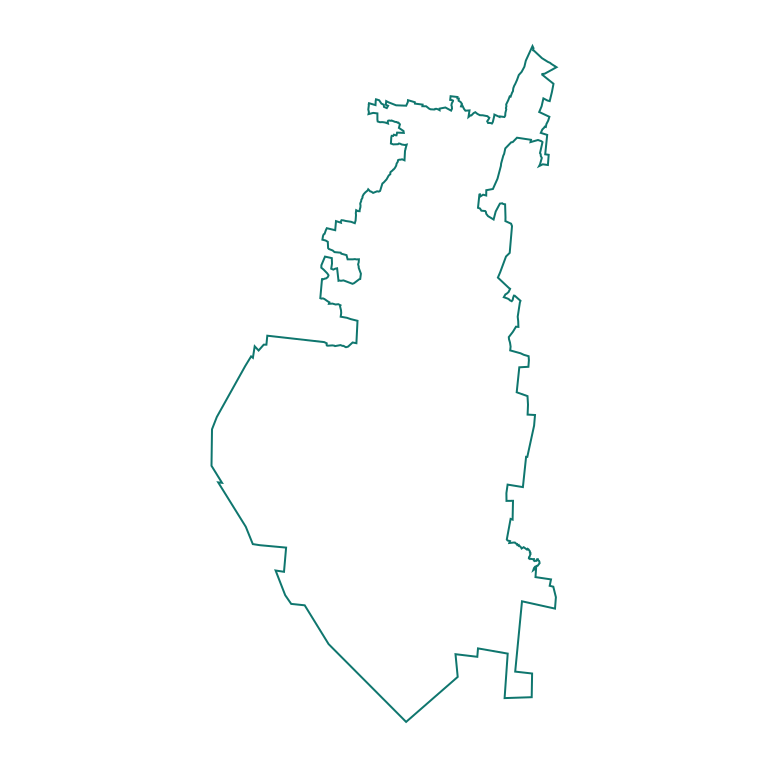 outline of Tekax, Yucatán, Mexico
{"feature_id": "50627088B47903559300993", "entity_name": "Tekax", "entity_type": "district", "adm_level": 2, "iso_a3": "MEX", "parent_name": "Mexico", "parent_adm1": "Yucatán", "projection": "natural_earth1", "projection_center": [-89.263, 19.978], "detail": "fine", "context": "isolated", "style": "outline", "palette": "teal", "viewbox_px": 768, "rotation_deg": 0, "n_neighbors": 0, "source": "geoboundaries", "source_scale": "gbopen_adm2", "svg_char_len": 6093}
<svg xmlns="http://www.w3.org/2000/svg" viewBox="0 0 768 768"><path d="M406.1,721.9L457.7,676.9L455.5,654.2L477.3,656.8L478.0,648.4L507.7,653.6L504.6,698.1L531.7,697.2L532.1,673.5L515.2,671.6L522.0,601.3L555.0,608.6L555.9,597.2L553.3,586.7L549.7,585.8L551.0,579.4L535.5,577.1L536.1,568.1L533.3,570.2L534.0,568.1L535.1,566.7L536.1,566.6L536.5,565.9L537.5,565.9L539.6,563.2L539.4,561.8L539.0,560.8L538.2,560.4L537.9,559.2L537.1,559.2L536.4,560.8L535.5,560.7L534.8,561.1L533.9,560.6L533.9,559.1L532.7,559.2L530.2,558.7L529.9,559.0L528.9,558.4L529.0,557.2L529.7,556.3L530.1,554.8L530.5,554.3L530.4,552.8L529.9,552.7L529.9,551.3L528.4,549.3L527.6,548.8L527.0,549.6L523.7,547.2L521.6,548.5L520.9,547.2L519.5,545.9L519.0,546.0L518.7,544.9L517.4,545.2L516.9,544.4L517.0,543.9L515.5,543.3L515.0,542.6L514.2,542.5L509.3,543.0L510.0,541.1L507.6,540.5L506.8,539.5L510.6,518.9L512.6,519.6L513.0,500.8L506.5,500.9L506.4,493.1L507.6,484.6L522.9,487.1L526.1,456.8L527.3,456.9L534.1,425.6L535.0,415.0L527.6,414.6L528.0,404.7L527.5,396.1L516.7,392.3L519.3,367.3L528.4,366.8L528.9,360.2L528.6,356.2L523.8,354.8L520.6,353.3L510.2,350.4L510.6,346.6L510.0,342.6L509.0,339.2L508.8,337.1L512.9,331.8L516.0,326.7L518.4,326.9L518.2,321.2L517.7,316.7L519.9,302.4L520.5,300.8L514.7,295.7L513.9,295.6L513.2,297.5L512.7,299.9L511.7,301.2L509.7,300.2L509.1,299.4L507.7,298.6L503.8,297.2L505.4,294.4L506.7,293.7L508.6,292.0L510.1,288.8L508.7,287.8L497.9,277.6L500.2,272.2L506.0,256.5L509.7,252.9L512.0,226.1L511.1,223.7L505.4,221.1L505.5,217.5L505.1,204.3L503.2,204.0L502.3,203.3L499.9,203.6L495.7,211.5L493.6,219.5L488.0,216.1L486.3,213.9L485.8,211.7L485.1,211.0L481.4,210.7L480.0,208.5L478.0,207.8L479.4,194.5L479.9,194.3L480.6,196.3L483.1,194.7L486.2,195.5L486.3,190.2L492.9,189.0L497.5,178.7L500.9,165.9L501.1,163.6L503.3,155.6L504.1,154.0L505.3,148.4L511.2,142.3L512.7,142.1L517.0,137.7L531.0,139.8L530.5,142.1L538.0,140.0L541.4,141.2L542.5,142.1L540.0,153.1L540.7,154.2L540.8,156.0L541.8,157.9L540.0,164.4L539.1,166.1L542.8,164.3L547.9,165.0L548.7,154.8L545.2,154.3L547.2,134.9L540.8,132.9L542.3,129.5L544.4,127.4L544.7,126.7L545.8,127.0L546.4,124.1L548.2,120.6L549.4,116.8L539.2,112.0L541.6,106.3L543.4,98.4L547.4,100.5L549.7,101.1L551.9,92.1L553.5,83.8L542.2,74.7L542.3,74.0L544.7,73.7L556.5,67.2L551.3,63.9L550.2,62.9L547.9,61.9L542.0,58.2L534.1,50.8L533.1,50.3L533.5,48.2L532.5,46.1L525.8,60.7L524.4,66.7L521.6,71.9L518.8,75.0L517.0,80.0L515.2,84.0L514.2,85.8L513.3,88.2L512.9,91.3L512.1,92.6L510.6,96.7L509.7,96.4L508.3,100.1L506.2,104.4L506.4,106.4L505.9,108.1L506.3,109.2L505.4,112.8L505.2,115.7L504.4,117.0L499.9,116.4L499.7,117.0L494.4,114.6L494.3,115.7L493.0,121.3L492.6,122.5L491.9,123.5L491.5,123.2L489.3,122.9L488.1,123.0L487.2,121.3L489.0,118.6L489.3,117.7L488.7,117.4L487.5,116.2L482.8,115.3L479.9,115.2L477.4,113.9L475.3,112.2L473.6,113.1L471.4,115.4L470.6,115.3L468.5,117.0L469.5,110.4L465.4,110.7L464.0,108.9L462.5,105.8L461.6,106.5L461.0,106.4L461.9,103.8L460.6,102.0L458.6,100.7L458.8,98.6L457.4,98.4L457.5,97.0L450.6,96.2L450.2,99.9L451.9,100.1L453.0,100.6L452.9,101.3L451.8,103.3L451.4,105.3L451.8,106.3L452.0,108.6L451.1,110.6L445.4,107.5L439.6,108.6L439.6,110.2L438.2,109.4L436.3,108.8L435.1,108.9L434.8,109.4L434.3,109.5L430.6,109.3L429.2,108.7L426.2,106.3L422.4,106.2L422.6,104.6L414.9,103.6L414.8,102.2L408.0,100.2L407.8,102.1L406.2,105.7L396.1,105.3L388.5,102.3L386.2,101.1L386.1,102.5L385.8,104.1L385.9,104.8L388.1,105.8L386.8,108.1L384.0,106.9L383.7,104.7L381.4,103.6L379.2,100.3L377.4,99.7L376.0,99.3L375.7,100.9L375.5,105.1L369.0,103.2L368.7,104.4L368.8,105.5L368.3,109.5L368.9,112.2L368.5,114.1L373.2,112.9L377.4,113.4L377.4,119.7L377.7,121.5L379.9,122.2L382.6,122.1L385.1,122.5L388.0,123.5L387.7,122.0L387.8,121.3L388.2,120.7L389.1,120.5L391.1,120.8L391.6,120.5L395.1,121.9L396.7,122.0L397.5,122.7L398.4,122.6L399.9,124.3L398.9,127.9L403.5,131.0L403.8,132.9L397.1,132.6L396.5,135.3L395.8,135.3L393.9,134.7L393.2,135.9L391.7,135.8L391.3,137.2L390.9,143.5L393.3,144.4L398.0,144.2L398.9,143.5L400.4,143.8L401.7,144.5L405.0,145.0L406.7,144.6L405.5,148.7L405.6,148.8L405.0,150.9L404.5,160.3L402.1,159.3L400.3,159.7L399.1,159.7L398.0,160.2L397.8,161.7L396.6,163.6L396.2,165.6L395.0,167.8L393.7,169.4L393.2,169.6L392.6,170.4L390.6,172.0L390.3,172.8L390.3,174.2L388.7,175.5L386.6,179.3L383.7,182.5L382.4,183.5L380.1,190.9L378.8,191.6L377.1,191.3L373.1,192.9L371.4,191.7L370.2,191.4L368.2,189.3L367.6,190.5L365.3,192.4L363.6,194.3L362.5,196.5L362.5,197.7L361.3,199.8L361.2,201.1L360.4,203.0L360.2,203.9L360.5,205.2L360.4,207.2L359.7,209.8L359.6,211.2L357.9,211.1L356.2,210.2L355.8,213.2L356.0,215.0L355.6,220.5L354.8,223.2L351.1,221.8L345.8,221.0L343.5,220.4L341.5,220.2L340.7,221.8L340.9,222.7L336.0,221.1L335.2,230.2L326.8,228.2L325.8,230.3L324.6,233.8L323.7,234.3L323.0,236.0L322.4,239.7L325.6,240.5L327.8,241.8L328.1,248.1L328.9,249.0L332.7,250.5L334.5,252.1L340.7,252.7L341.3,253.7L346.5,255.1L347.6,259.3L353.2,259.3L354.9,259.1L356.4,259.4L358.9,259.3L358.7,262.3L358.1,264.3L358.7,266.6L358.7,267.8L360.9,273.7L360.2,279.0L359.3,279.2L354.0,283.2L352.5,283.8L343.5,280.4L340.9,280.8L339.5,280.5L338.5,280.8L337.1,268.3L335.2,268.7L333.3,269.6L331.2,268.7L332.0,263.6L331.8,258.1L325.0,256.6L321.4,265.2L321.3,267.7L323.6,269.6L327.2,273.3L328.4,275.0L328.5,275.6L327.6,277.3L325.9,278.5L325.1,278.5L322.9,279.4L322.4,279.0L322.0,279.1L320.3,298.2L321.3,298.6L323.0,298.4L324.4,299.0L328.1,301.6L329.4,302.3L328.9,303.8L332.5,303.6L335.6,304.5L338.3,304.2L340.5,305.3L340.0,306.2L341.0,310.2L341.2,313.0L340.7,316.7L346.9,317.8L350.7,319.1L357.5,320.8L356.4,343.2L352.6,342.5L348.1,346.6L346.5,347.1L345.6,347.1L343.6,345.9L342.5,345.9L340.5,345.1L335.0,346.1L334.4,345.7L332.4,345.4L327.7,345.7L326.9,345.5L326.6,345.0L326.7,343.3L324.2,342.1L267.3,335.7L266.4,344.7L263.7,344.7L258.6,350.5L254.7,346.3L252.9,357.8L251.1,356.4L245.3,365.9L216.8,417.0L212.0,429.3L211.5,465.8L222.0,482.8L218.2,482.4L245.8,526.8L252.8,544.1L259.9,545.2L286.1,547.6L284.0,571.8L275.6,570.5L285.2,595.2L291.2,603.9L304.7,605.3L328.6,644.1L406.1,721.9Z" fill="none" stroke="#0f766e" stroke-width="2"/></svg>